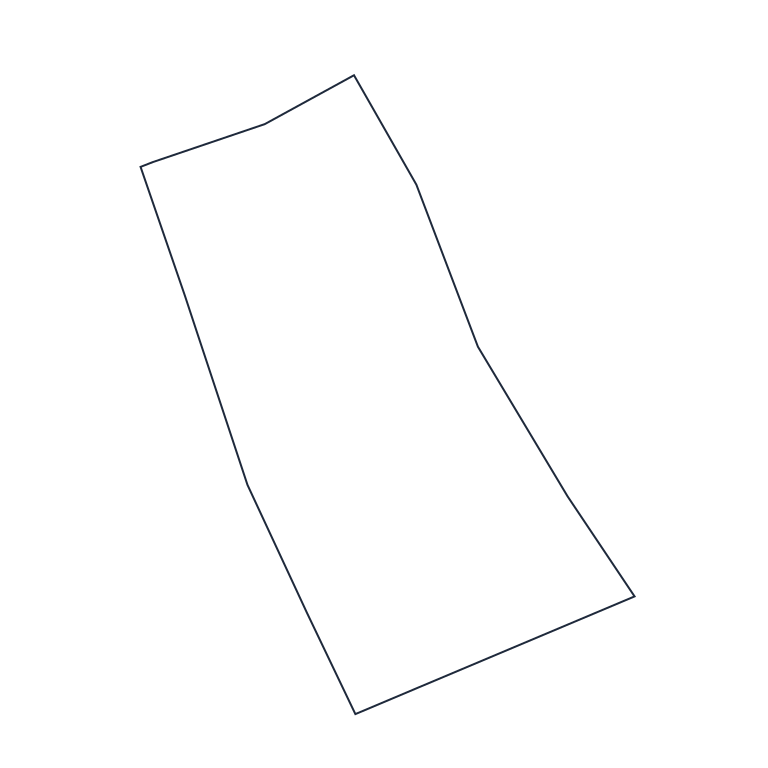 the district of Bragadiru, Romania, rotated 250°
{"feature_id": "2599482B35029885284970", "entity_name": "Bragadiru", "entity_type": "district", "adm_level": 2, "iso_a3": "ROU", "parent_name": "Romania", "parent_adm1": "", "projection": "equal_earth", "projection_center": [25.519, 43.655], "detail": "fine", "context": "isolated", "style": "outline", "palette": "slate", "viewbox_px": 768, "rotation_deg": 250, "n_neighbors": 0, "source": "geoboundaries", "source_scale": "gbopen_adm2", "svg_char_len": 355}
<svg xmlns="http://www.w3.org/2000/svg" viewBox="0 0 768 768"><g transform="rotate(250 384 384)"><path d="M684.4,461.4L669.0,360.9L671.6,242.7L671.3,229.5L534.8,227.1L495.5,225.9L335.9,221.2L195.7,233.3L83.6,244.2L87.0,311.8L98.7,546.8L215.5,518.1L386.9,485.0L408.5,484.7L560.2,482.6L684.4,461.4Z" fill="none" stroke="#1e293b" stroke-width="2"/></g></svg>